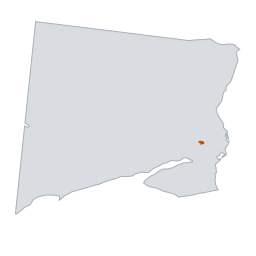 Shibin al-Qanatir, Al Qalyubiyah, Egypt shown in context, rotated 96°
{"feature_id": "37247803B12662956160688", "entity_name": "Shibin al-Qanatir", "entity_type": "district", "adm_level": 2, "iso_a3": "EGY", "parent_name": "Egypt", "parent_adm1": "Al Qalyubiyah", "projection": "equal_earth", "projection_center": [31.303, 30.296], "detail": "fine", "context": "in_parent", "style": "filled", "palette": "amber", "viewbox_px": 256, "rotation_deg": 96, "n_neighbors": 0, "source": "geoboundaries", "source_scale": "gbopen_adm2", "svg_char_len": 3829}
<svg xmlns="http://www.w3.org/2000/svg" viewBox="0 0 256 256"><g transform="rotate(96 128 128)"><path d="M225.2,231.0L219.8,231.0L214.5,231.0L209.2,231.0L203.8,231.0L198.5,231.0L193.2,231.0L187.8,231.0L182.5,231.0L177.2,231.0L171.9,231.0L166.5,231.0L161.2,231.0L155.9,231.0L150.5,231.0L145.2,231.0L139.9,231.0L136.8,231.0L137.3,229.1L137.7,227.7L137.3,226.8L136.3,226.5L135.6,226.8L134.0,230.9L133.2,231.0L131.3,231.0L125.1,231.0L118.8,231.0L112.6,231.0L106.4,231.0L100.2,231.0L94.0,231.0L87.8,231.0L81.6,231.0L75.4,231.0L69.2,231.0L63.0,231.0L56.8,231.0L50.6,231.0L44.4,231.0L38.1,231.0L31.9,231.0L32.0,226.1L32.1,221.2L32.2,216.4L32.2,211.5L32.3,206.6L32.4,201.7L32.5,196.9L32.6,192.0L32.6,187.1L32.7,182.3L32.8,177.4L32.9,172.6L33.0,167.8L33.1,162.9L33.2,158.1L33.2,153.3L33.3,148.5L33.4,143.6L33.5,138.8L33.6,134.0L33.7,129.2L33.8,124.4L33.9,119.6L34.0,114.9L34.1,110.1L34.1,105.3L34.2,100.5L34.3,95.8L34.4,91.0L34.5,86.3L34.6,81.5L34.7,76.8L34.6,75.9L33.8,72.7L33.1,68.6L32.3,63.6L32.3,61.9L30.9,56.8L30.8,55.3L31.2,54.3L33.7,50.0L34.5,47.8L35.1,45.3L35.4,43.3L34.7,40.1L34.0,37.3L33.8,34.4L33.7,31.6L35.0,29.7L36.5,27.9L37.0,26.8L37.9,25.5L38.5,25.0L39.6,27.5L42.1,27.9L50.1,25.7L58.9,27.9L63.8,28.8L71.2,30.7L75.7,34.2L77.0,34.6L80.3,34.5L82.4,36.6L91.0,37.6L95.5,39.8L98.1,41.6L99.7,42.2L101.1,42.1L102.9,41.4L105.3,40.1L107.9,38.4L113.2,33.9L115.1,33.1L116.3,33.3L117.8,33.2L118.4,32.0L119.2,31.2L119.7,30.2L120.5,29.1L123.2,28.7L128.8,26.8L128.1,27.7L123.1,29.9L125.3,30.2L127.5,29.4L130.0,29.0L130.4,28.0L130.8,26.3L131.2,26.0L133.0,26.4L138.1,29.0L139.4,29.1L143.1,27.6L143.8,27.3L145.0,28.1L147.7,31.5L146.8,31.4L143.9,28.5L143.6,30.0L142.0,32.5L144.1,33.6L145.7,34.0L146.6,35.4L147.2,36.7L148.8,36.1L150.0,34.4L149.4,33.5L149.0,32.5L149.5,32.5L150.7,33.3L154.0,36.5L155.1,37.2L156.3,37.1L159.0,36.1L159.7,36.3L163.3,35.1L163.7,36.0L164.3,36.8L167.2,35.9L171.7,35.9L175.4,34.8L179.7,32.3L180.0,31.9L180.2,32.5L180.8,34.3L182.1,38.7L183.3,42.2L184.7,47.0L185.2,48.9L185.4,50.2L187.5,55.5L188.7,59.9L189.7,63.5L191.0,68.7L191.5,70.5L190.7,71.5L188.9,74.9L187.2,85.7L184.6,94.2L184.3,99.5L183.9,101.4L182.6,104.1L181.1,106.8L178.3,105.4L173.7,100.8L171.0,96.4L168.2,93.5L165.5,89.8L164.8,87.0L164.8,85.3L163.6,81.1L162.7,79.1L159.5,74.6L158.5,72.2L157.8,71.1L157.1,69.6L155.9,63.8L154.6,60.1L153.1,61.1L153.4,62.7L152.1,64.8L151.4,67.3L152.0,69.4L154.6,72.5L155.2,73.8L155.8,76.8L155.7,80.8L156.1,82.1L158.1,85.1L158.9,86.9L159.3,88.4L160.0,89.8L162.0,92.4L164.8,97.4L167.6,100.7L169.5,102.3L170.4,103.9L170.6,108.1L170.4,110.1L172.2,113.9L172.8,115.8L174.5,117.4L175.3,119.1L176.0,122.0L177.1,130.6L178.6,132.7L183.2,143.9L187.0,151.1L188.9,156.4L191.7,162.9L197.4,177.2L200.7,181.7L202.0,184.2L204.4,186.1L207.0,188.9L204.6,188.6L203.9,188.8L203.1,189.2L202.7,190.9L202.5,192.3L202.9,199.6L203.6,203.3L205.9,210.3L207.5,212.5L208.3,213.8L209.4,214.8L214.6,217.2L217.6,222.3L224.5,228.8L225.2,230.6L225.2,231.0Z" fill="#d9dde1" stroke="#a8b0b8" stroke-width="1"/><path d="M135.8,53.2L135.7,53.1L135.7,52.9L135.8,52.8L135.8,52.7L135.7,52.6L135.5,52.4L135.4,52.4L135.3,52.2L135.5,52.1L135.5,51.8L135.4,51.8L135.4,51.7L135.3,51.4L135.2,51.4L135.1,51.2L134.9,51.1L134.8,50.9L134.8,51.0L134.7,51.1L134.5,51.3L134.6,51.5L134.4,51.5L134.4,51.4L134.4,51.5L134.4,51.8L134.5,51.9L134.5,52.0L134.6,52.3L134.6,52.5L134.5,52.8L134.5,52.7L134.4,52.7L134.3,52.8L134.3,52.7L134.2,52.7L134.2,52.8L133.9,53.0L134.0,53.2L134.1,53.3L134.0,53.5L134.1,53.8L134.1,54.0L134.0,54.3L134.1,54.5L133.9,54.6L133.9,54.8L134.0,54.9L134.0,55.0L134.2,55.3L134.2,55.5L134.3,55.7L134.5,55.6L134.7,55.4L134.7,55.2L134.8,55.2L134.9,54.9L134.7,54.9L134.8,54.7L134.8,54.4L134.7,54.4L134.7,54.2L134.8,54.2L135.0,54.0L135.3,54.0L135.3,53.9L135.3,53.7L135.3,53.4L135.5,53.3L135.6,53.2L135.8,53.2Z" fill="#f59e0b" stroke="#b45309" stroke-width="1.5"/></g></svg>